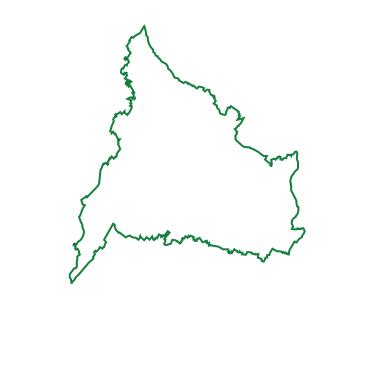 Mueang Suphan Buri, Suphan Buri, Thailand, rotated 24°
{"feature_id": "78962969B42801469218282", "entity_name": "Mueang Suphan Buri", "entity_type": "district", "adm_level": 2, "iso_a3": "THA", "parent_name": "Thailand", "parent_adm1": "Suphan Buri", "projection": "equal_earth", "projection_center": [100.048, 14.472], "detail": "fine", "context": "isolated", "style": "outline", "palette": "green", "viewbox_px": 384, "rotation_deg": 24, "n_neighbors": 0, "source": "geoboundaries", "source_scale": "gbopen_adm2", "svg_char_len": 5986}
<svg xmlns="http://www.w3.org/2000/svg" viewBox="0 0 384 384"><g transform="rotate(24 192 192)"><path d="M305.9,209.6L305.0,207.1L304.7,204.9L305.9,195.5L307.9,195.6L308.8,191.8L310.8,188.2L310.4,187.1L311.0,184.5L311.0,182.1L308.5,179.8L306.7,180.7L306.7,181.5L303.7,182.8L303.6,182.2L303.1,182.4L303.3,183.1L301.7,184.1L298.3,185.2L298.4,182.5L295.8,180.1L294.9,177.3L295.2,175.4L296.9,172.2L296.7,171.6L297.3,169.0L296.8,165.9L295.4,162.4L294.1,162.5L292.0,159.9L290.9,157.5L281.8,150.1L280.0,145.8L279.4,145.6L279.0,144.1L277.7,142.8L276.7,139.2L276.7,136.5L278.0,130.5L279.1,128.5L279.0,126.8L276.7,121.6L274.3,119.2L273.0,115.9L272.7,114.0L271.2,112.6L269.6,113.6L269.8,114.6L269.2,116.5L267.4,117.6L267.8,118.6L266.6,118.1L265.0,119.1L264.4,118.8L264.0,119.5L264.3,122.6L261.7,124.2L261.6,125.8L259.7,126.3L258.6,124.0L257.0,124.8L256.9,124.4L256.2,125.0L256.6,125.7L256.3,126.3L255.9,126.1L255.2,128.5L253.8,128.0L251.2,130.3L253.5,133.8L253.9,135.9L252.6,135.8L252.6,134.0L250.4,134.1L245.5,132.7L245.8,128.7L242.7,130.0L236.0,128.4L229.7,127.9L227.4,128.3L226.8,127.7L221.8,129.5L219.5,129.5L210.4,126.4L210.0,125.8L209.9,124.5L208.7,123.4L209.3,120.9L208.6,120.1L208.9,118.7L205.5,117.2L206.7,115.1L207.0,112.9L207.8,112.6L207.8,111.1L208.6,109.9L209.1,103.6L204.2,107.4L205.0,103.2L204.1,103.3L204.1,102.7L203.5,102.7L203.5,101.1L201.7,100.3L201.9,99.6L192.6,97.8L192.4,99.9L191.2,99.6L190.4,100.8L190.8,102.6L190.5,104.8L191.3,106.5L190.7,108.3L186.6,108.9L185.1,108.2L183.6,106.0L181.1,105.1L179.8,103.8L179.5,102.9L175.9,102.4L176.7,99.2L174.4,97.6L174.4,96.8L173.5,96.9L173.5,95.4L173.0,95.2L172.4,95.9L171.2,95.2L170.7,95.6L169.2,95.2L167.2,93.2L166.8,93.2L166.3,91.7L164.0,92.4L163.1,94.9L160.7,94.1L160.7,92.2L158.4,92.2L155.9,92.7L155.0,93.7L154.7,95.3L153.7,95.4L149.9,94.2L149.7,94.9L144.7,94.1L144.6,94.8L142.1,94.0L141.0,94.3L139.9,95.9L134.8,95.4L134.3,94.4L132.6,94.0L129.7,94.6L125.0,90.9L122.6,89.7L120.2,89.2L119.4,87.9L116.7,85.7L110.5,85.0L108.9,83.8L105.8,82.6L105.5,82.0L103.3,82.1L101.5,80.2L99.7,79.9L98.6,77.8L95.5,76.5L92.2,73.9L89.7,70.8L88.7,68.6L86.1,67.2L85.5,65.5L82.1,61.0L80.9,60.0L79.9,67.9L76.2,72.9L75.6,75.0L73.7,75.0L73.1,78.9L73.8,78.9L73.9,80.5L73.2,83.7L73.4,84.8L73.0,85.4L75.4,86.8L75.2,87.3L76.2,88.2L79.3,89.8L78.4,96.0L76.4,95.9L76.1,97.9L77.7,98.4L78.7,96.6L81.5,98.8L80.7,101.8L81.0,102.9L79.4,103.0L78.8,106.2L79.1,106.4L78.9,107.5L77.7,107.7L77.7,109.2L78.7,112.0L82.1,112.6L82.0,110.4L83.7,109.9L83.7,110.8L85.2,111.6L84.6,115.7L87.3,115.6L87.2,119.5L87.5,120.1L88.8,120.7L89.4,115.6L91.7,115.8L89.7,120.3L91.4,121.5L92.1,119.9L94.0,121.2L97.7,123.9L97.0,125.6L97.7,126.1L98.4,124.4L99.0,124.8L98.2,126.5L99.5,127.4L100.2,129.2L101.5,129.0L101.7,130.7L98.9,130.6L98.8,129.9L96.9,130.9L95.2,133.2L99.5,133.0L99.3,135.7L100.6,135.9L100.4,138.5L101.7,138.1L101.6,138.7L102.7,139.5L102.3,145.8L101.7,146.3L101.6,147.9L98.4,147.1L97.6,145.6L96.1,149.5L93.9,148.2L92.9,150.2L90.5,152.1L90.4,152.6L92.1,153.2L91.8,154.5L91.0,154.4L90.4,157.7L91.8,159.2L91.8,164.1L92.6,169.8L94.3,170.2L94.7,171.0L95.4,169.0L97.8,170.6L98.3,169.9L102.2,173.2L103.1,173.3L103.2,174.3L104.6,173.4L104.1,176.5L105.0,177.3L105.0,178.3L108.9,181.9L107.7,187.6L108.4,189.0L108.3,191.0L107.6,191.0L106.9,193.4L104.1,192.3L104.0,194.5L103.0,194.4L102.9,196.7L103.2,196.7L102.8,199.7L103.9,200.0L103.8,201.4L101.2,200.5L100.5,202.1L99.6,202.1L99.3,202.7L99.6,203.5L99.5,205.9L99.8,206.1L99.4,208.8L103.7,222.0L103.7,224.4L98.2,239.6L97.2,238.9L94.1,244.3L97.0,247.8L99.4,247.6L98.9,251.6L99.4,259.0L98.9,260.6L102.6,264.6L104.9,266.2L106.2,268.7L109.8,272.4L110.4,277.3L109.9,280.9L108.2,283.6L107.8,286.9L105.7,286.9L105.2,287.4L105.5,288.7L107.1,288.6L106.9,289.1L108.1,289.7L108.3,291.0L108.9,290.9L109.2,291.7L110.6,290.4L113.2,292.5L113.9,294.1L114.9,294.6L114.8,295.4L113.6,297.1L113.5,298.2L114.7,300.2L115.4,303.5L116.9,306.2L117.1,307.8L116.8,308.8L115.3,310.0L113.8,316.8L115.0,319.6L117.2,321.2L118.7,324.0L119.2,323.9L119.4,322.0L120.0,321.4L120.6,317.2L122.3,312.9L126.4,298.7L128.9,293.2L129.0,292.7L128.0,291.8L128.7,288.1L127.0,286.7L127.7,284.9L129.1,285.2L130.0,282.3L130.3,279.8L133.2,280.2L133.3,278.8L134.1,278.3L133.7,274.8L134.1,272.9L131.1,271.4L132.9,253.0L135.1,253.7L135.2,254.8L137.8,257.5L141.7,259.1L142.0,258.6L143.1,258.7L149.8,260.4L152.6,257.2L156.1,257.6L159.7,256.6L162.4,257.5L162.9,256.0L162.6,253.2L163.5,254.0L167.9,255.5L168.9,251.7L172.6,252.8L173.7,248.8L175.7,251.0L176.8,251.4L177.1,249.8L177.7,249.8L178.0,248.1L178.9,248.3L179.1,244.2L180.9,244.4L181.7,245.3L181.8,244.4L182.9,245.1L183.3,244.8L183.3,243.4L184.2,243.7L184.6,243.0L185.8,237.7L188.0,238.2L187.2,241.2L186.2,241.0L186.2,243.7L186.5,243.7L185.8,246.2L186.9,246.3L186.8,246.8L187.7,247.9L187.7,250.9L189.6,251.2L193.6,248.0L193.5,243.6L196.8,242.8L198.4,243.3L198.6,242.9L201.8,244.0L202.1,242.1L202.6,242.3L202.7,241.9L202.2,239.2L202.8,239.1L202.2,237.9L203.9,237.5L204.0,235.1L206.5,235.6L206.6,233.5L207.9,234.0L208.3,232.6L211.3,232.4L211.5,233.1L212.1,232.9L212.6,234.5L212.9,234.2L214.1,235.4L214.8,234.5L215.6,235.1L216.2,234.8L215.8,232.7L216.2,232.8L217.6,230.9L222.1,233.6L224.5,231.1L224.7,231.5L225.1,231.1L225.3,231.7L225.8,231.3L226.2,232.5L227.8,232.2L228.3,231.4L229.0,232.3L228.5,233.2L229.3,234.1L229.7,233.3L238.8,231.1L243.6,231.8L248.3,229.7L250.0,231.1L249.3,231.3L249.6,232.5L251.6,232.7L252.3,232.3L252.4,230.4L253.3,231.0L254.0,227.0L255.4,227.6L257.5,227.5L257.7,228.3L258.8,228.3L259.9,227.9L259.9,227.2L260.4,227.8L262.7,226.9L263.1,228.6L266.5,227.5L266.4,226.6L267.0,226.0L266.8,224.6L268.2,223.9L270.6,223.2L271.6,223.2L271.6,223.8L272.1,223.9L275.0,223.4L275.1,222.7L276.4,222.7L277.9,221.7L278.1,223.3L279.1,225.2L281.8,224.9L283.2,225.2L283.5,226.6L285.9,226.5L286.1,224.1L285.8,222.0L287.4,221.3L286.4,219.0L288.3,218.1L287.9,216.3L288.6,211.1L293.4,211.6L297.7,210.1L299.2,210.7L299.4,209.9L301.6,210.2L301.6,209.3L304.2,209.5L304.2,210.0L305.9,209.6Z" fill="none" stroke="#15803d" stroke-width="2"/></g></svg>